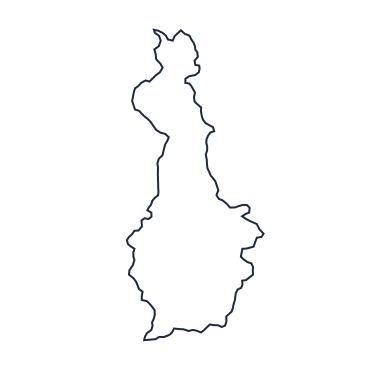 Ressaquinha, Minas Gerais, Brazil (orthographic projection), rotated 103°
{"feature_id": "56859067B79729307110792", "entity_name": "Ressaquinha", "entity_type": "district", "adm_level": 2, "iso_a3": "BRA", "parent_name": "Brazil", "parent_adm1": "Minas Gerais", "projection": "orthographic", "projection_center": [-43.769, -21.084], "detail": "fine", "context": "isolated", "style": "outline", "palette": "slate", "viewbox_px": 384, "rotation_deg": 103, "n_neighbors": 0, "source": "geoboundaries", "source_scale": "gbopen_adm2", "svg_char_len": 2688}
<svg xmlns="http://www.w3.org/2000/svg" viewBox="0 0 384 384"><g transform="rotate(103 192 192)"><path d="M347.1,205.3L345.4,199.9L343.6,194.4L340.6,191.4L339.6,186.7L336.3,181.9L333.5,179.9L329.1,178.8L328.4,173.3L327.7,169.5L328.2,164.1L326.2,160.1L326.1,156.2L326.8,151.6L324.0,149.3L320.7,147.2L317.0,144.7L316.9,141.1L316.0,136.8L316.8,132.8L314.9,129.8L310.5,129.3L305.6,130.6L302.6,128.5L299.6,126.5L295.9,126.1L291.7,126.2L287.0,125.9L280.9,126.6L276.6,125.5L274.3,122.5L270.8,122.0L267.1,123.2L265.7,119.6L263.0,117.4L258.8,114.0L255.7,114.9L251.3,115.7L248.2,118.1L247.8,122.3L246.0,126.7L244.1,129.8L240.0,130.0L236.0,130.2L235.1,126.8L233.4,123.4L231.4,119.7L226.5,119.2L221.9,118.5L220.2,114.2L216.5,112.9L213.2,117.9L208.6,121.7L207.6,127.4L206.3,132.8L204.4,137.7L201.4,134.9L199.1,131.6L194.3,132.4L192.4,135.4L193.1,139.4L195.0,143.0L197.4,146.7L198.6,151.4L195.8,155.4L193.3,160.1L192.6,164.5L189.4,167.5L184.5,166.7L180.3,169.2L176.3,171.7L174.0,174.5L171.7,177.5L168.2,180.0L165.4,182.3L161.7,183.6L156.9,185.0L152.4,187.0L148.0,186.6L144.3,187.4L141.0,189.1L137.3,189.7L133.2,188.9L130.0,187.6L127.8,184.1L124.1,186.1L122.9,190.4L121.8,194.4L118.9,197.7L115.7,199.6L111.6,201.3L107.6,202.1L105.5,206.1L103.4,209.7L99.4,211.4L94.6,211.4L92.0,213.6L89.5,215.9L86.9,219.0L87.2,223.0L83.2,223.9L79.7,220.6L77.4,215.3L73.9,212.3L70.4,212.3L67.2,213.4L67.4,217.3L63.5,219.1L59.0,216.7L54.8,218.2L52.4,220.9L49.2,221.9L46.0,224.2L43.5,227.0L40.3,229.5L39.5,234.7L36.9,239.2L40.8,241.8L44.1,244.0L48.8,244.8L48.8,249.8L45.5,252.6L43.5,256.6L42.4,261.4L42.5,265.6L45.3,263.9L47.3,259.2L51.6,256.5L57.4,257.1L61.5,260.8L65.5,258.6L70.7,256.7L74.3,251.4L77.6,248.6L82.6,250.3L86.5,253.5L90.2,255.9L93.9,258.2L93.8,262.3L97.1,266.1L100.6,268.0L103.8,270.8L107.5,271.1L111.5,271.0L116.8,270.8L120.5,268.5L124.5,266.1L124.8,261.7L127.0,258.7L129.1,255.2L130.6,251.8L132.9,248.2L136.1,244.8L139.5,240.9L141.2,236.4L141.5,231.1L143.8,227.0L147.7,227.5L151.5,228.8L156.6,229.0L162.9,229.0L167.0,231.8L171.8,232.2L174.9,230.9L178.4,230.1L183.5,229.0L188.4,227.7L191.7,226.8L195.8,225.8L199.5,224.7L202.8,224.3L206.2,227.1L209.9,228.8L213.4,229.0L216.5,230.5L219.8,231.4L221.4,226.9L225.3,225.9L228.1,228.3L228.3,232.4L231.1,234.8L236.7,233.0L241.5,235.4L242.8,239.5L246.3,240.8L250.0,243.3L253.5,244.6L257.0,242.8L258.8,239.6L260.2,235.3L264.1,235.6L268.3,234.5L271.2,232.8L276.7,233.2L282.3,235.4L286.7,234.8L289.2,229.6L292.1,226.2L295.1,224.1L298.5,221.9L300.3,217.7L304.8,217.5L308.5,216.7L308.5,211.2L311.8,206.3L315.5,201.9L320.1,200.6L324.6,200.8L328.0,201.6L331.2,200.3L335.5,200.6L339.7,204.1L343.6,205.3L347.1,205.3Z" fill="none" stroke="#1e293b" stroke-width="2"/></g></svg>